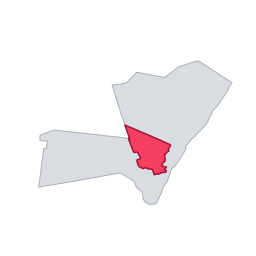 Jordan, with Amman highlighted, rotated 203°
{"feature_id": "JOR-851", "entity_name": "Amman", "entity_type": "Province", "adm_level": 1, "iso_a3": "JOR", "parent_name": "Jordan", "parent_adm1": "", "projection": "robinson", "projection_center": [36.094, 31.647], "detail": "fine", "context": "in_parent", "style": "filled", "palette": "rose", "viewbox_px": 256, "rotation_deg": 203, "n_neighbors": 0, "source": "natural_earth", "source_scale": "10m", "svg_char_len": 2446}
<svg xmlns="http://www.w3.org/2000/svg" viewBox="0 0 256 256"><g transform="rotate(203 128 128)"><path d="M80.3,66.0L84.2,66.9L86.4,68.9L90.1,74.6L95.8,76.2L98.1,77.8L101.3,80.8L105.1,81.9L117.3,83.8L127.0,77.5L135.2,72.1L144.5,66.1L150.8,61.9L161.5,54.9L168.6,50.4L177.9,44.6L187.1,38.8L189.7,48.2L192.3,57.5L195.0,67.0L197.6,76.3L194.9,77.2L197.1,84.3L200.6,83.2L204.4,82.4L206.1,86.9L200.9,92.0L195.6,97.0L194.4,97.6L187.4,99.6L173.3,103.8L163.8,106.7L151.7,110.3L141.7,113.3L131.7,116.3L122.4,119.0L127.7,124.9L135.8,133.7L141.2,139.7L147.6,147.3L153.4,154.1L159.4,161.3L155.2,163.8L148.3,167.8L147.5,168.5L147.0,169.3L144.1,176.5L141.9,182.2L141.1,182.9L131.3,185.0L121.5,187.1L115.3,188.4L113.4,189.9L109.3,196.9L105.2,204.2L98.2,210.2L90.4,216.8L88.5,217.2L82.8,216.2L73.2,214.5L64.0,212.8L57.6,211.6L49.9,210.3L51.0,204.7L50.7,201.7L52.6,191.8L53.7,187.1L54.2,183.6L56.9,176.6L56.6,174.3L57.1,166.3L56.9,164.7L58.1,160.3L60.4,153.9L62.6,148.4L63.4,146.0L65.7,140.8L67.7,134.4L66.7,130.9L66.3,130.2L67.2,126.1L68.2,119.6L68.7,116.0L69.9,111.3L72.1,107.3L71.1,98.0L71.2,92.9L72.6,87.2L71.9,80.5L72.5,70.9L72.6,70.0L73.4,68.8L74.0,68.2L78.4,66.2L80.3,66.0Z" fill="#d9dde1" stroke="#a8b0b8" stroke-width="1"/><path d="M123.8,118.6L122.5,119.1L127.2,124.2L131.9,129.4L131.9,129.5L93.4,129.4L82.5,129.1L82.1,128.8L82.0,128.3L82.1,127.5L82.2,126.9L82.5,126.0L82.6,125.6L82.5,125.1L82.3,124.2L81.4,122.7L81.8,122.3L82.0,122.1L82.3,121.8L82.4,121.6L83.0,119.6L83.3,119.2L83.8,118.4L83.9,118.2L83.8,117.9L83.5,117.6L83.3,117.4L83.3,117.0L83.4,116.7L83.4,116.3L83.2,115.8L81.7,114.1L81.4,113.4L81.1,112.3L81.1,111.9L81.1,111.5L81.3,111.2L81.9,110.4L82.1,110.0L82.2,109.6L82.1,106.5L81.9,106.3L81.6,106.3L81.2,106.5L80.6,106.6L78.8,106.6L77.5,107.0L77.5,106.2L77.6,105.7L78.1,104.4L78.0,104.1L77.8,103.8L77.0,103.7L76.5,103.6L76.1,103.4L75.9,103.1L75.8,102.7L76.0,102.2L76.6,101.7L78.7,100.6L79.6,100.0L81.2,98.0L81.7,97.6L83.1,97.2L83.6,96.8L84.8,95.7L85.8,95.4L86.7,96.5L87.5,97.3L88.7,98.8L89.4,99.3L89.9,99.4L90.6,99.0L91.0,98.9L91.6,98.9L93.4,98.3L95.7,98.3L96.4,98.2L96.9,97.9L97.6,97.1L98.0,96.7L98.8,96.5L102.6,96.8L103.3,97.2L104.1,97.8L106.1,100.1L107.1,101.4L107.2,102.1L106.9,102.6L105.9,103.3L105.1,103.9L104.8,104.3L104.7,104.7L105.0,105.2L105.9,106.3L107.6,107.8L109.1,108.9L110.0,109.2L110.6,109.2L112.3,108.1L112.9,108.0L113.6,108.1L123.7,118.6L123.8,118.6L123.8,118.6Z" fill="#f43f5e" stroke="#9f1239" stroke-width="1.5"/></g></svg>